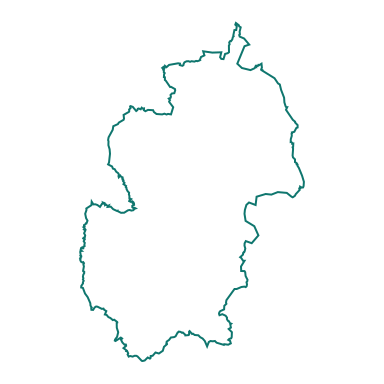 Hidalgo, Michoacán, Mexico (Natural Earth projection)
{"feature_id": "50627088B4017945101472", "entity_name": "Hidalgo", "entity_type": "district", "adm_level": 2, "iso_a3": "MEX", "parent_name": "Mexico", "parent_adm1": "Michoacán", "projection": "natural_earth1", "projection_center": [-100.689, 19.626], "detail": "fine", "context": "isolated", "style": "outline", "palette": "teal", "viewbox_px": 384, "rotation_deg": 0, "n_neighbors": 0, "source": "geoboundaries", "source_scale": "gbopen_adm2", "svg_char_len": 5948}
<svg xmlns="http://www.w3.org/2000/svg" viewBox="0 0 384 384"><path d="M231.2,323.7L230.1,323.3L228.7,321.0L227.9,320.8L226.9,319.0L227.0,317.6L225.6,315.7L222.3,314.2L219.5,315.2L219.0,313.8L219.3,312.4L220.3,311.1L224.1,309.4L224.3,305.8L226.4,303.8L226.0,302.6L226.4,300.2L234.5,289.0L236.7,289.0L241.4,287.0L244.4,286.6L245.7,287.1L246.6,286.3L247.0,284.3L246.5,282.2L247.2,281.4L247.5,279.8L245.6,276.0L245.2,272.2L244.5,271.1L241.2,271.0L241.0,266.5L244.5,260.8L243.1,260.8L241.2,257.9L240.2,257.2L243.0,254.6L243.1,253.0L243.8,252.1L244.2,252.2L244.7,251.1L245.3,248.5L244.5,245.7L244.6,243.4L245.8,241.1L251.7,243.2L258.4,235.4L254.3,226.2L245.6,220.9L244.5,213.8L244.9,209.9L246.4,204.9L249.0,202.5L255.6,205.0L256.6,196.7L265.7,194.0L271.4,194.6L277.8,192.1L286.8,192.9L291.4,196.6L292.6,197.3L293.1,197.1L295.0,195.7L295.7,194.2L299.7,189.9L299.2,188.7L299.8,187.5L300.2,187.7L300.2,186.7L301.8,187.6L303.1,187.4L303.6,186.0L303.9,181.8L302.1,175.8L298.9,168.0L297.4,165.6L297.6,164.7L297.1,163.9L296.6,164.0L296.5,163.0L295.0,162.1L295.0,159.4L293.0,157.4L292.6,155.5L293.1,148.7L292.6,147.3L293.1,147.0L293.3,143.5L292.2,143.7L292.2,142.9L291.2,141.9L290.7,142.0L290.8,139.1L291.8,135.8L291.6,133.7L292.1,133.3L291.9,132.4L294.3,131.8L296.3,128.0L297.6,127.5L297.6,125.1L295.1,122.5L295.1,121.7L292.8,119.8L286.0,109.8L287.2,107.2L286.2,107.2L285.5,106.0L284.4,102.4L284.1,97.7L281.1,89.9L279.8,84.5L278.0,83.4L274.5,78.2L261.8,70.3L262.2,70.0L261.2,69.3L261.9,67.7L261.5,63.7L259.1,65.2L258.4,64.9L257.8,66.0L256.4,65.7L256.3,66.9L255.5,66.4L254.7,68.2L250.5,70.1L241.9,68.0L237.3,63.7L244.5,46.2L249.2,44.6L244.1,38.5L239.7,36.6L239.2,35.0L239.9,34.3L239.6,31.7L240.7,27.3L239.2,26.4L238.8,25.2L235.9,23.0L235.3,24.7L236.8,26.3L236.2,30.0L234.4,30.1L233.3,35.5L233.7,36.2L232.8,37.2L232.3,39.4L231.0,41.2L230.3,41.0L229.2,42.4L229.6,44.3L228.9,45.5L229.0,52.2L227.7,53.2L225.1,53.9L223.5,59.1L221.3,58.9L220.1,57.2L221.3,52.3L212.3,52.6L203.2,51.3L204.4,55.4L201.0,57.0L199.9,59.8L200.1,60.1L199.4,60.5L197.4,61.2L196.1,60.9L194.4,61.6L191.5,61.2L190.1,61.8L188.5,61.2L186.5,61.3L184.5,62.3L183.7,63.7L183.4,65.2L182.4,65.8L179.8,65.1L180.0,63.6L178.1,63.3L169.1,64.9L166.5,67.2L165.0,65.9L164.6,67.6L163.6,66.8L162.3,67.9L163.4,68.7L163.2,69.4L163.9,69.4L163.8,72.3L164.7,73.1L164.1,74.2L163.9,77.1L164.9,77.3L164.9,80.0L165.8,80.7L170.1,87.0L171.1,86.9L175.0,89.1L175.2,90.3L174.3,93.2L171.9,93.5L170.5,95.0L170.9,96.8L170.5,97.9L168.8,98.6L170.0,100.1L169.1,101.5L169.3,102.1L173.2,107.2L171.0,114.4L168.0,113.9L166.6,114.5L164.4,113.7L162.2,114.4L156.5,114.0L153.9,112.0L153.1,110.2L148.0,109.9L145.4,111.2L143.9,110.2L144.0,108.4L142.7,108.6L141.7,107.7L140.7,109.3L138.6,108.5L137.8,108.8L137.3,110.2L136.2,111.0L132.8,106.9L130.6,106.1L130.1,106.4L130.5,108.2L129.1,109.5L129.3,111.1L128.9,111.9L123.6,114.9L124.0,118.6L123.6,119.8L118.8,122.6L117.9,124.1L113.3,126.2L112.7,129.8L108.6,137.3L108.1,140.1L108.5,141.2L108.4,145.2L109.6,149.2L110.0,153.8L109.0,162.6L108.1,164.4L112.1,166.5L112.9,168.6L114.7,169.2L116.2,171.7L118.2,173.2L118.8,174.3L118.5,176.3L118.8,177.3L120.3,175.6L121.0,176.6L122.6,177.4L122.3,178.4L123.0,179.1L122.6,179.7L123.5,180.4L123.1,181.2L124.5,182.9L123.5,184.1L126.1,186.0L125.7,187.0L126.5,187.9L126.5,189.0L127.7,191.3L129.1,192.7L128.9,194.6L129.4,195.6L129.4,198.3L131.2,199.1L130.5,199.7L129.8,199.4L129.2,201.1L130.9,201.9L132.3,201.3L132.9,201.8L132.5,202.2L132.6,202.9L133.5,203.0L133.4,203.7L134.0,203.7L134.1,204.9L132.3,205.8L132.3,207.2L133.1,207.9L134.5,207.8L135.6,208.4L134.5,208.8L133.3,210.2L131.4,210.6L129.7,210.0L128.0,210.3L124.2,212.7L121.0,212.8L117.6,211.1L117.6,210.7L116.8,210.9L113.2,209.2L110.7,206.6L107.8,206.9L108.5,205.6L107.6,206.0L105.9,204.5L105.0,205.1L104.7,203.2L103.8,202.8L103.5,203.2L102.8,202.7L102.9,203.7L102.0,203.8L100.0,206.9L97.4,205.0L95.4,204.3L93.4,204.4L91.7,201.7L91.4,205.2L86.3,208.5L86.5,209.9L85.2,213.8L86.1,218.2L87.5,220.7L86.5,223.3L85.9,223.3L85.6,224.1L84.0,225.1L84.0,226.3L84.5,226.5L84.2,227.0L84.4,227.6L83.8,227.6L85.2,229.3L84.2,229.7L85.3,230.6L84.1,233.2L85.2,235.4L84.7,237.8L83.6,237.7L83.2,238.4L84.7,239.4L83.7,241.2L84.8,242.9L84.4,244.5L84.6,246.1L83.5,246.6L83.3,248.3L82.6,248.4L81.9,247.5L81.1,248.0L80.6,250.0L81.7,250.9L80.5,251.0L80.2,252.0L80.7,254.9L80.4,255.5L81.2,255.9L81.3,256.7L80.5,257.4L80.7,257.9L80.1,258.7L80.5,259.1L80.2,259.9L81.0,261.7L82.4,262.5L83.2,262.1L84.0,263.2L83.4,264.5L83.9,266.4L83.1,270.8L83.2,271.3L84.2,271.7L84.2,273.2L83.3,274.7L82.9,276.9L83.4,278.2L82.9,279.5L83.7,280.8L82.9,282.3L83.0,283.4L81.3,285.9L81.2,287.5L82.9,287.9L85.0,293.5L87.7,297.2L90.3,303.2L90.5,305.6L91.7,307.6L91.2,308.0L91.4,309.8L93.1,309.9L94.7,307.4L96.1,306.5L97.5,306.7L101.9,308.9L103.5,308.6L104.2,309.8L106.3,311.1L104.9,314.5L106.6,314.9L108.4,317.1L110.4,318.0L112.8,320.1L114.2,319.7L117.2,322.0L117.3,322.6L116.7,323.0L116.8,327.8L118.2,332.2L117.1,336.8L115.1,339.5L114.8,340.6L115.5,341.0L120.8,337.6L122.1,338.5L121.0,339.7L122.4,342.5L124.5,344.7L125.8,344.5L126.1,345.1L126.1,345.9L123.5,348.1L126.5,350.4L126.3,351.0L127.1,351.0L128.2,353.4L127.6,354.5L128.7,356.6L130.1,356.0L132.7,356.6L134.5,355.8L136.3,355.8L137.5,356.4L141.7,360.8L142.6,361.0L144.7,360.5L147.7,357.5L149.9,358.6L150.6,357.9L150.7,356.0L152.6,355.8L155.5,352.5L158.9,353.5L162.8,350.8L164.0,346.8L167.0,344.2L166.9,343.5L166.4,343.4L166.7,341.6L169.1,339.9L170.9,337.5L174.1,337.1L175.6,336.3L177.7,332.4L178.3,332.3L178.8,331.6L180.6,331.9L182.0,332.8L182.8,332.5L185.1,334.6L185.3,335.4L188.5,335.1L189.1,334.6L189.1,331.6L189.6,331.1L192.1,334.0L192.9,333.7L194.7,335.0L198.4,335.3L200.2,337.2L202.6,338.5L204.8,341.0L207.1,346.4L208.8,342.0L210.5,341.0L212.7,341.3L214.9,341.0L216.6,342.7L223.9,344.9L224.2,344.2L228.2,344.7L230.8,343.4L230.1,340.9L228.3,339.9L229.3,338.9L231.2,338.3L231.7,337.1L231.9,332.2L228.7,329.0L230.9,327.6L230.3,324.5L231.2,323.7Z" fill="none" stroke="#0f766e" stroke-width="2"/></svg>